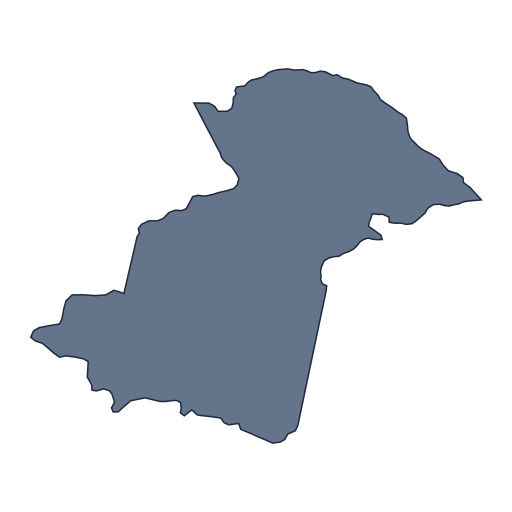 Novo Brasil, Goiás, Brazil (Natural Earth projection), rotated 270°
{"feature_id": "56859067B90226026363141", "entity_name": "Novo Brasil", "entity_type": "district", "adm_level": 2, "iso_a3": "BRA", "parent_name": "Brazil", "parent_adm1": "Goiás", "projection": "natural_earth1", "projection_center": [-50.63, -16.056], "detail": "fine", "context": "isolated", "style": "filled", "palette": "slate", "viewbox_px": 512, "rotation_deg": 270, "n_neighbors": 0, "source": "geoboundaries", "source_scale": "gbopen_adm2", "svg_char_len": 2574}
<svg xmlns="http://www.w3.org/2000/svg" viewBox="0 0 512 512"><g transform="rotate(270 256 256)"><path d="M437.3,337.0L436.4,333.2L438.1,329.4L440.2,325.5L440.9,320.2L439.4,315.4L439.4,310.7L441.1,307.2L442.4,302.8L441.9,295.1L443.1,287.6L442.4,278.4L441.2,272.9L439.3,268.3L435.2,263.4L433.2,257.1L432.1,251.7L430.2,248.6L426.2,244.9L425.0,236.5L421.1,235.0L417.8,236.2L414.4,233.4L408.8,233.1L403.8,231.8L400.7,227.1L400.7,218.1L405.8,214.5L408.9,208.8L409.0,193.9L359.0,220.1L354.7,221.5L351.5,223.9L348.8,226.5L345.6,231.3L340.0,235.4L333.6,238.9L327.1,237.2L323.4,233.6L321.1,226.1L319.7,219.5L317.7,213.1L315.8,204.9L316.7,198.1L315.5,192.8L303.4,186.3L301.4,181.7L301.8,175.2L299.4,168.9L293.5,163.2L291.2,157.5L291.2,149.0L287.7,141.5L283.4,138.3L278.6,139.4L275.4,137.1L218.5,123.9L220.2,119.0L221.7,113.7L217.1,105.8L216.4,95.1L217.2,83.7L217.1,72.1L211.1,66.0L203.2,63.8L198.6,63.0L192.8,61.8L188.1,59.5L186.5,50.0L184.4,39.3L181.2,33.6L174.8,30.7L171.2,35.0L168.7,42.3L164.0,48.0L158.9,53.8L154.8,59.5L156.1,65.8L155.0,74.7L153.2,83.4L150.3,88.2L134.9,87.3L127.1,91.7L121.8,92.0L121.1,96.3L123.1,103.9L121.3,109.3L118.1,111.9L109.8,114.5L104.1,111.5L100.1,113.1L100.1,118.2L103.5,121.8L111.2,130.6L112.9,138.7L114.1,145.3L110.5,160.2L110.5,165.6L111.5,173.4L111.5,177.0L109.2,180.7L103.6,181.2L99.2,180.3L96.2,184.3L102.1,191.8L97.1,197.1L96.2,203.0L95.6,209.2L94.8,214.9L93.9,220.8L89.4,224.0L87.2,228.5L88.5,238.7L82.7,240.7L78.1,251.7L75.6,257.0L72.7,264.0L68.9,272.7L69.9,280.2L72.6,284.9L77.9,287.7L81.2,295.3L86.0,297.7L221.0,326.1L226.3,326.7L228.1,322.5L232.0,320.7L236.4,321.1L239.9,320.4L245.0,321.4L251.1,324.1L253.9,328.7L255.3,333.6L255.8,339.1L258.7,343.6L260.5,349.2L263.0,353.6L266.8,357.5L270.0,359.8L272.6,363.9L274.0,368.2L272.8,372.3L272.3,377.5L272.5,382.3L276.9,380.9L285.5,368.9L288.9,368.8L293.4,370.8L298.2,372.3L297.6,378.4L297.7,382.8L294.9,389.0L289.7,389.2L288.8,394.5L288.9,401.0L287.6,406.3L288.3,412.1L291.2,416.2L293.8,419.3L296.9,422.7L299.2,425.3L303.3,427.3L307.4,433.2L307.8,439.5L306.5,444.4L305.9,449.0L307.4,454.5L308.0,458.6L310.0,463.0L311.0,468.1L312.1,481.3L324.7,469.9L329.5,463.4L334.3,463.0L338.5,457.1L341.3,448.2L347.6,442.6L353.0,439.3L358.6,430.0L361.5,424.2L364.0,420.2L366.2,417.6L369.2,414.8L372.1,411.7L375.1,409.7L380.2,408.0L384.5,407.6L388.1,407.3L393.9,406.4L397.2,402.6L399.8,398.1L404.1,392.6L408.8,385.3L412.5,380.4L416.9,378.0L420.6,374.4L425.1,371.1L426.9,367.3L427.9,362.6L429.2,356.6L430.8,353.2L432.9,348.2L434.0,342.5L437.3,337.0Z" fill="#64748b" stroke="#1e293b" stroke-width="1.5"/></g></svg>